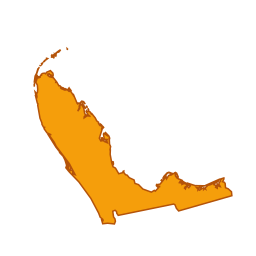 outline of Florida, rotated 164°
{"feature_id": "USA-3542", "entity_name": "Florida", "entity_type": "State", "adm_level": 1, "iso_a3": "USA", "parent_name": "United States of America", "parent_adm1": "", "projection": "equal_earth", "projection_center": [-82.742, 27.771], "detail": "fine", "context": "isolated", "style": "filled", "palette": "amber", "viewbox_px": 256, "rotation_deg": 164, "n_neighbors": 0, "source": "natural_earth", "source_scale": "10m", "svg_char_len": 5933}
<svg xmlns="http://www.w3.org/2000/svg" viewBox="0 0 256 256"><g transform="rotate(164 128 128)"><path d="M52.7,53.5L48.9,53.6L50.2,53.2L50.1,52.2L51.9,50.3L50.3,49.2L49.9,47.8L50.7,43.7L48.5,42.0L46.1,38.2L46.8,34.3L102.2,34.3L103.6,37.4L104.0,41.2L105.0,42.3L161.5,46.7L162.3,49.1L162.1,50.9L163.1,52.5L165.6,52.2L166.4,46.4L165.6,44.3L165.8,41.8L167.5,39.5L173.9,42.1L178.7,42.9L178.7,47.9L177.6,45.1L177.4,47.1L179.3,49.8L179.7,54.4L183.1,70.5L190.1,89.7L196.5,101.8L198.7,106.9L197.3,109.0L197.4,114.6L198.2,118.8L200.5,123.2L200.5,124.5L197.6,118.1L196.8,114.6L196.8,109.6L197.4,106.0L197.1,103.2L195.9,102.6L195.5,103.4L193.5,102.9L193.1,101.5L193.8,99.1L191.7,97.7L194.2,109.8L202.1,130.3L202.9,134.7L206.1,144.0L206.2,144.4L205.7,143.6L203.6,142.6L207.2,145.6L208.9,150.5L208.0,151.6L209.0,152.1L209.7,155.2L209.4,156.6L209.9,161.7L208.5,174.8L207.9,176.0L208.3,176.9L208.0,185.5L207.7,181.8L206.9,183.0L206.5,186.1L205.3,187.1L204.1,190.1L203.3,194.3L204.0,197.3L201.6,200.8L202.1,202.8L201.0,201.1L200.0,201.8L200.9,202.1L201.2,203.1L200.6,202.1L199.4,201.8L199.7,200.9L198.5,201.0L197.6,202.7L196.6,202.6L196.5,203.5L195.3,204.0L193.3,203.8L192.2,202.8L191.0,204.0L186.8,204.6L185.1,201.5L185.3,199.5L186.1,198.1L187.3,200.2L189.3,201.3L188.9,201.9L190.2,202.0L190.8,201.0L189.4,198.9L185.9,196.9L184.2,192.7L184.8,191.8L183.8,191.7L182.8,187.6L181.9,187.5L181.1,186.1L181.8,185.2L181.3,184.2L178.2,181.8L176.0,181.6L175.2,180.4L174.6,181.2L173.7,180.8L173.4,181.6L172.9,181.2L172.6,180.1L173.7,180.6L174.3,179.4L172.9,178.9L171.6,174.8L171.3,176.0L170.1,165.8L169.5,164.4L169.4,165.9L166.8,164.7L166.9,163.6L167.5,164.0L168.9,162.5L169.2,161.0L171.7,158.0L169.0,160.1L168.0,163.0L166.1,163.4L165.1,159.0L165.7,153.6L164.8,152.3L167.0,150.9L167.4,149.8L164.4,150.8L163.5,151.8L163.0,150.5L162.1,150.7L160.9,149.2L162.5,151.3L163.7,155.4L163.3,155.9L163.1,154.8L162.6,155.4L160.1,154.1L159.4,151.6L158.9,150.8L159.3,152.4L158.9,152.0L156.7,146.7L156.1,143.5L154.7,141.6L155.1,140.7L154.4,138.2L151.7,136.4L151.0,134.7L152.6,136.2L152.9,135.2L152.1,135.0L152.5,134.5L154.1,135.0L153.0,134.4L154.3,133.7L153.3,133.8L158.4,126.1L157.7,123.0L156.6,122.9L156.4,125.8L155.4,125.7L155.1,122.3L153.5,121.7L153.9,121.1L151.9,119.5L151.9,121.5L152.9,121.5L151.2,122.7L154.7,123.9L153.8,124.6L153.3,128.9L152.7,129.5L149.2,125.5L150.8,128.5L151.2,130.5L148.6,125.6L148.4,123.3L149.0,122.1L148.7,123.9L150.2,117.5L149.8,115.0L151.3,112.0L151.0,111.8L152.4,107.6L153.1,100.5L152.9,98.8L152.0,97.3L152.3,96.9L153.2,97.9L153.1,94.9L151.1,92.9L149.5,86.6L144.3,86.5L143.3,83.8L141.8,82.9L140.5,79.9L136.5,76.4L136.6,72.8L133.5,70.7L130.5,65.2L123.2,59.9L119.9,60.8L119.2,59.8L115.4,62.0L115.4,63.2L115.7,62.8L116.2,63.8L113.9,62.8L113.7,63.2L116.3,64.4L116.2,65.7L115.5,66.2L115.8,65.6L112.7,65.2L104.8,70.6L104.9,68.5L102.0,71.1L99.4,70.9L94.6,72.2L93.7,71.1L93.2,67.2L93.6,66.5L94.0,70.7L95.2,71.7L95.6,68.7L94.5,66.1L90.4,62.8L90.1,62.0L91.8,63.4L87.6,59.1L89.1,59.3L89.0,59.8L92.7,62.3L93.7,61.3L92.9,60.9L92.2,61.9L91.7,59.8L91.2,59.8L91.6,58.9L90.1,59.1L89.9,59.6L86.7,57.3L88.1,55.7L88.9,55.9L90.3,54.7L89.6,53.6L88.9,54.8L87.0,55.8L86.0,53.8L83.9,55.3L84.3,56.2L86.0,56.3L86.3,57.8L87.0,58.5L86.4,58.6L86.7,59.1L79.3,54.1L69.8,51.2L73.3,51.6L74.1,50.4L75.6,51.6L75.9,51.1L75.5,50.4L78.5,51.8L77.5,49.8L77.8,49.1L76.9,49.5L76.4,48.5L72.0,49.7L71.4,49.3L72.0,48.1L70.9,48.6L70.3,47.9L70.4,49.2L68.1,50.2L67.9,50.9L64.0,50.8L55.1,52.6L56.3,51.7L59.2,51.2L60.6,49.8L61.6,50.3L59.1,48.3L60.2,46.9L58.8,45.5L57.7,50.0L56.7,46.9L55.5,46.2L56.1,49.0L55.4,50.4L53.7,51.4L53.6,52.7L52.6,53.0L52.7,53.5ZM194.3,104.8L196.5,103.3L196.9,104.1L195.9,107.9L195.7,112.3L196.1,114.1L194.2,106.6L194.3,104.8ZM205.4,198.1L203.0,203.5L200.8,205.8L198.3,209.7L197.8,209.7L201.3,204.7L200.9,203.6L201.9,203.9L203.1,201.5L202.8,199.8L204.9,197.9L205.4,198.1ZM65.9,51.2L69.6,51.4L54.1,53.6L52.9,53.4L65.9,51.2ZM204.0,137.5L200.6,124.7L202.5,129.3L206.9,144.6L204.0,137.5ZM165.2,164.5L164.1,161.1L163.1,158.4L164.5,159.8L165.2,164.5ZM164.1,165.4L166.4,165.8L165.0,166.6L163.4,165.6L162.5,162.8L164.1,165.4ZM99.7,73.4L98.4,72.4L97.5,71.9L100.2,71.9L99.7,73.4ZM177.9,218.9L177.4,219.6L175.1,220.5L176.9,219.1L176.3,218.5L177.5,219.3L176.7,217.3L177.9,218.9ZM102.4,73.8L108.7,69.7L106.7,71.7L102.7,74.1L101.0,74.2L100.0,73.6L102.4,73.8ZM179.6,215.4L181.2,217.5L181.6,218.6L181.1,219.1L179.6,215.4ZM180.6,184.1L180.1,185.0L179.3,184.6L179.2,183.5L180.6,184.1ZM152.8,138.6L152.1,137.0L154.1,140.2L152.8,138.6ZM173.6,220.1L174.6,220.1L174.8,220.7L173.1,221.3L173.6,220.1ZM179.0,184.0L177.9,183.1L177.7,183.7L177.6,183.0L178.5,182.6L179.0,184.0ZM173.4,181.9L174.4,182.2L173.6,182.8L173.4,181.9ZM187.1,217.5L186.1,216.9L188.2,216.0L187.4,216.8L187.1,217.5ZM109.5,69.0L111.2,68.1L109.3,69.3L109.5,69.0ZM160.7,155.4L161.3,156.7L161.1,158.0L160.7,155.4ZM178.4,217.6L178.5,218.5L177.6,217.8L177.7,217.1L178.4,217.6ZM193.4,212.8L193.4,213.8L192.2,214.0L192.4,213.7L193.4,212.8ZM207.3,188.3L206.8,187.3L207.4,186.6L207.3,188.3ZM206.7,193.6L206.1,196.0L205.7,196.3L206.7,193.6ZM190.7,215.0L189.9,215.6L188.3,216.4L190.0,215.0L190.7,215.0ZM187.2,199.4L188.1,199.5L187.5,200.1L187.2,199.4ZM172.7,220.7L173.0,221.3L172.5,220.9L172.1,221.5L171.2,221.7L172.7,220.7ZM161.5,159.8L161.6,158.6L162.0,161.0L161.5,159.8ZM176.7,181.7L177.2,182.4L176.9,183.2L176.7,181.7ZM187.0,198.3L187.0,199.0L186.3,198.3L186.4,198.2L187.0,198.3ZM151.7,98.5L151.8,97.8L152.1,97.9L152.2,98.4L151.7,98.5ZM152.0,99.3L152.2,99.9L151.7,99.6L152.0,99.3ZM179.2,217.6L179.4,218.2L179.4,218.5L178.9,218.1L179.2,217.6ZM144.1,87.2L144.5,87.7L143.9,87.8L144.1,87.2ZM195.6,211.7L195.4,212.2L194.8,212.6L195.0,212.3L195.6,211.7ZM181.6,217.1L182.0,217.2L182.1,217.8L181.6,217.1ZM164.6,221.0L164.1,220.2L163.9,220.2L164.4,220.2L164.7,220.4L164.6,221.0ZM197.2,210.1L197.4,209.9L196.6,211.1L197.2,210.1ZM196.6,115.4L196.3,114.7L196.1,114.2L196.6,115.4Z" fill="#f59e0b" stroke="#b45309" stroke-width="1.5"/></g></svg>